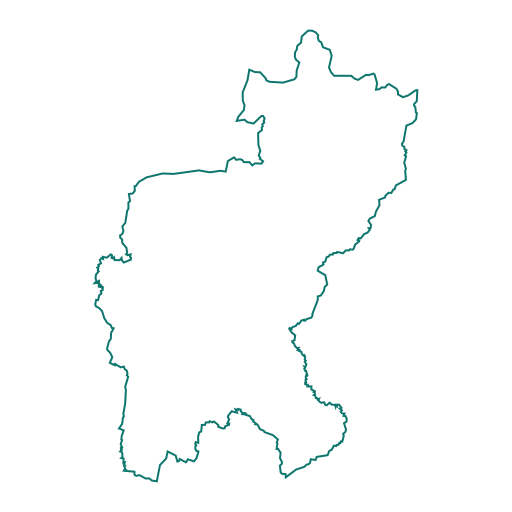 Mueang Sa Kaeo, Sa Kaeo, Thailand (Robinson projection)
{"feature_id": "78962969B70177105143831", "entity_name": "Mueang Sa Kaeo", "entity_type": "district", "adm_level": 2, "iso_a3": "THA", "parent_name": "Thailand", "parent_adm1": "Sa Kaeo", "projection": "robinson", "projection_center": [102.097, 13.939], "detail": "fine", "context": "isolated", "style": "outline", "palette": "teal", "viewbox_px": 512, "rotation_deg": 0, "n_neighbors": 0, "source": "geoboundaries", "source_scale": "gbopen_adm2", "svg_char_len": 6052}
<svg xmlns="http://www.w3.org/2000/svg" viewBox="0 0 512 512"><path d="M124.5,470.8L134.4,471.7L134.5,474.7L136.0,475.8L139.6,475.2L145.6,478.5L149.3,478.4L151.7,480.5L156.8,481.3L160.0,465.0L166.1,458.6L167.7,451.5L175.7,455.6L177.4,461.6L179.0,461.0L179.7,459.0L185.9,462.3L188.0,459.3L193.9,461.4L196.4,458.4L198.3,452.5L198.3,451.3L196.5,451.0L195.3,448.8L195.3,446.5L196.3,445.5L195.2,443.8L195.8,442.1L198.3,442.8L198.1,436.5L199.3,432.3L201.2,431.5L201.8,425.0L204.9,424.9L205.9,422.4L209.1,422.4L209.7,421.2L212.3,422.4L213.9,421.5L218.3,425.0L218.2,426.7L222.7,428.5L224.6,428.3L225.2,426.3L229.0,424.8L229.1,423.8L227.9,424.4L227.3,423.4L229.2,419.3L227.9,417.4L228.2,415.6L231.7,411.3L237.0,412.7L235.5,409.3L237.9,410.0L238.1,408.9L240.7,409.6L240.7,411.3L242.9,413.2L242.3,414.1L243.4,414.3L244.3,413.0L246.0,413.6L245.6,414.8L249.9,416.1L251.8,419.4L253.4,419.9L253.1,421.4L255.8,423.3L255.3,424.2L257.5,424.5L259.9,429.1L263.8,430.8L264.5,432.1L272.8,435.1L277.9,439.4L276.8,442.4L277.4,443.7L276.5,448.9L278.1,448.9L280.6,452.8L280.0,458.1L282.0,462.2L281.8,463.9L279.9,465.6L280.7,472.5L282.0,473.8L285.6,474.1L285.8,477.3L296.2,469.5L304.4,466.8L306.5,464.6L308.4,464.3L310.0,463.0L310.8,459.2L315.6,460.0L316.7,456.9L327.6,455.2L329.3,450.9L331.7,449.8L333.9,445.7L336.2,446.1L336.6,444.9L338.6,444.7L339.3,442.8L340.4,443.1L341.0,441.3L342.3,441.5L343.8,435.8L343.1,433.9L345.4,431.9L346.0,429.5L344.0,423.2L346.5,421.6L346.8,419.0L345.5,416.1L343.6,415.9L344.5,413.5L342.3,413.5L340.7,411.6L341.9,410.3L339.8,408.7L341.4,407.8L339.1,404.7L336.2,404.7L336.8,406.3L335.8,405.8L335.6,406.6L335.1,404.9L331.7,404.6L329.6,402.7L326.8,405.2L325.5,405.1L324.2,402.3L321.3,402.8L319.4,401.6L318.5,400.3L319.0,398.9L317.7,399.6L316.9,398.0L315.8,398.0L315.0,395.1L313.9,395.0L314.9,393.8L314.8,392.1L313.9,391.9L314.6,391.1L311.4,389.5L311.4,386.4L308.5,386.5L308.2,385.5L307.3,386.2L306.5,384.1L305.2,384.1L305.2,382.4L306.1,382.1L305.5,379.8L306.6,379.2L305.6,377.3L306.1,375.7L306.5,376.1L307.4,375.6L306.1,371.0L305.2,370.9L304.3,368.8L305.1,368.0L304.5,366.8L305.2,367.1L306.3,364.5L304.8,361.6L305.8,360.7L304.7,359.3L305.2,356.9L304.4,355.2L303.5,355.7L301.8,353.7L301.4,351.9L299.3,351.1L299.6,350.2L297.6,350.1L298.7,347.9L297.1,348.1L295.2,346.4L293.7,343.0L292.5,342.5L292.2,341.1L294.5,340.3L295.2,335.4L291.6,332.4L289.2,328.8L289.6,328.1L291.6,329.1L291.8,327.6L296.0,325.7L297.8,323.3L298.9,323.9L301.5,320.5L304.0,319.7L304.3,320.7L305.5,320.5L306.5,319.1L311.3,317.7L312.5,315.6L312.4,313.9L317.7,300.2L317.8,296.4L320.8,295.5L323.8,291.1L324.7,286.9L327.2,284.6L325.3,275.2L317.7,270.7L318.6,267.2L323.5,264.6L323.0,262.5L325.2,261.7L326.6,257.2L328.8,256.4L329.8,254.7L332.9,254.5L333.3,253.1L336.6,253.0L337.3,251.9L342.9,253.3L345.9,250.3L348.9,250.5L349.9,249.3L352.4,249.7L353.7,248.8L355.1,244.6L359.1,241.4L359.3,240.5L357.6,240.0L358.7,238.1L360.9,238.3L364.1,234.1L367.4,232.8L369.8,229.8L368.7,228.2L370.5,228.1L371.1,224.9L368.4,221.1L369.8,218.6L374.8,216.1L376.0,211.5L379.5,205.2L379.1,199.8L385.1,197.4L385.3,195.9L388.5,192.8L391.4,192.9L393.2,189.6L394.6,189.2L395.9,185.4L405.9,179.9L405.2,170.8L405.9,168.6L404.2,162.7L406.1,156.2L404.7,155.4L406.4,152.4L405.3,151.3L406.4,150.2L404.4,148.9L404.4,146.9L402.3,145.6L401.9,143.9L403.6,141.4L406.4,125.6L412.5,123.1L416.0,119.3L416.9,113.2L415.9,112.5L415.3,107.1L414.0,105.6L414.2,104.0L416.8,101.2L417.3,90.1L415.4,90.4L408.3,95.4L403.0,97.2L398.0,94.4L398.0,91.6L396.5,88.8L389.1,84.1L387.2,84.9L385.3,87.5L381.5,87.4L379.5,89.1L376.0,89.7L377.1,83.1L374.6,74.6L373.5,73.6L368.3,75.2L366.0,74.8L358.1,79.9L354.7,78.7L351.2,75.8L334.2,75.8L331.0,72.2L329.0,67.6L331.7,55.8L329.8,49.8L323.0,47.3L321.3,42.4L318.8,40.8L317.8,37.4L318.2,35.3L315.6,32.3L312.1,30.7L308.0,30.7L301.8,36.4L301.0,42.7L297.3,45.8L296.7,49.8L295.1,52.2L294.8,56.5L295.8,59.5L299.3,62.5L296.7,70.5L296.4,76.9L294.4,79.3L283.1,82.6L269.5,81.8L266.2,80.2L265.8,78.4L260.2,72.3L255.1,72.1L249.3,69.7L247.5,80.2L242.7,92.4L242.8,100.7L244.5,105.1L243.9,110.0L238.3,116.8L236.8,120.9L244.5,119.7L247.4,122.2L253.6,123.5L261.4,116.0L263.1,116.0L264.6,118.4L263.7,121.2L264.3,122.5L262.3,124.3L262.8,126.2L261.7,127.6L262.0,130.0L258.1,133.0L258.4,144.8L260.3,150.9L258.7,155.5L260.3,157.8L259.8,158.8L263.1,161.3L261.6,163.6L255.0,163.4L252.3,165.4L249.4,162.1L243.8,162.1L242.2,160.0L240.1,159.2L236.2,159.8L234.0,157.4L227.9,161.0L225.7,171.6L220.6,170.8L209.9,172.3L198.9,170.4L173.7,173.9L162.5,173.5L146.7,177.3L138.8,181.9L135.9,186.0L134.6,186.2L134.8,190.8L132.7,193.5L128.9,194.0L130.0,201.1L128.4,202.5L128.4,208.8L127.2,210.8L125.3,222.8L122.4,226.3L123.4,231.2L122.3,233.9L120.1,235.4L120.3,237.8L122.1,239.4L122.3,242.9L126.4,247.8L127.2,252.8L126.1,254.3L127.5,255.2L130.6,254.4L130.0,256.7L131.0,257.8L130.8,259.7L123.8,262.5L121.8,260.2L121.6,258.0L119.7,260.1L114.7,260.1L114.0,257.2L112.6,258.4L111.6,257.9L112.0,255.3L110.8,254.4L106.7,257.7L102.8,256.8L103.1,259.0L101.3,258.2L99.8,260.0L101.0,263.3L98.3,264.9L99.0,266.1L97.2,267.7L98.3,268.6L97.8,270.6L98.7,271.4L96.0,274.5L95.5,278.5L96.6,281.0L94.7,283.2L97.2,283.0L97.1,282.2L99.0,281.0L98.8,286.7L100.1,286.9L100.3,284.7L102.8,287.2L101.9,287.8L102.8,288.8L102.6,290.2L100.8,291.0L101.4,293.5L99.2,295.4L98.1,300.1L96.2,299.8L95.2,304.4L96.0,306.4L99.1,308.0L102.1,311.2L104.2,318.0L107.3,323.0L110.6,325.0L111.9,328.0L113.6,328.3L111.1,333.0L110.8,338.9L108.9,341.6L107.1,348.3L107.3,349.9L110.1,352.7L112.3,357.1L109.8,362.8L113.4,364.7L114.4,364.0L115.1,365.2L115.7,364.3L120.7,367.3L123.8,366.6L124.8,369.2L126.6,370.4L127.5,373.7L126.8,375.3L128.2,376.7L125.2,386.7L125.9,390.2L125.1,404.0L123.3,413.9L123.9,416.3L122.9,417.6L122.2,423.8L119.0,428.5L123.7,430.4L121.8,435.5L121.3,439.5L122.1,440.1L120.7,444.2L122.1,447.3L121.1,447.5L121.7,449.1L121.0,448.9L121.2,450.5L120.2,451.5L121.9,452.1L122.3,453.3L122.4,457.1L121.3,458.0L123.6,458.6L123.4,462.7L124.8,462.3L124.1,464.6L124.7,465.3L124.0,465.3L125.3,469.1L124.6,469.7L125.5,470.0L124.5,470.8Z" fill="none" stroke="#0f766e" stroke-width="2"/></svg>